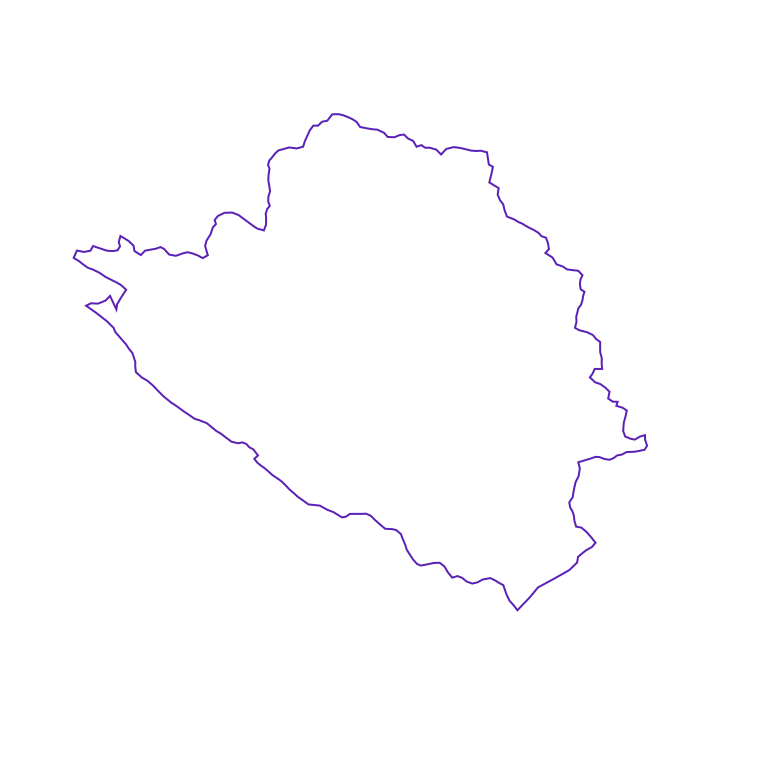 the district of Jucás, Ceará, Brazil, rotated 62°
{"feature_id": "56859067B508683552133", "entity_name": "Jucás", "entity_type": "district", "adm_level": 2, "iso_a3": "BRA", "parent_name": "Brazil", "parent_adm1": "Ceará", "projection": "albers", "projection_center": [-39.616, -6.471], "detail": "fine", "context": "isolated", "style": "outline", "palette": "violet", "viewbox_px": 768, "rotation_deg": 62, "n_neighbors": 0, "source": "geoboundaries", "source_scale": "gbopen_adm2", "svg_char_len": 3993}
<svg xmlns="http://www.w3.org/2000/svg" viewBox="0 0 768 768"><g transform="rotate(62 384 384)"><path d="M215.4,201.3L211.2,206.1L207.6,211.1L205.7,218.6L208.1,225.9L201.6,227.8L196.7,232.9L194.8,236.7L190.6,238.9L189.8,243.9L183.2,244.1L178.4,247.6L173.2,249.2L171.6,253.1L171.0,258.9L167.6,264.8L162.3,266.0L156.3,270.5L153.3,275.1L149.9,279.5L145.9,284.4L139.7,285.2L135.4,287.5L131.1,290.8L126.9,294.5L124.2,297.8L121.6,303.1L124.9,310.5L123.4,315.4L124.9,321.1L122.7,325.0L125.1,330.3L132.3,339.7L136.5,344.0L135.0,350.5L130.6,356.7L129.3,362.8L128.2,367.6L129.3,371.9L131.5,376.7L132.9,380.5L136.1,383.5L140.3,384.1L145.2,387.8L150.3,390.7L155.8,392.5L160.5,394.2L164.4,398.2L168.6,400.6L173.0,401.1L174.7,405.0L178.1,408.5L182.0,410.1L188.0,413.4L192.0,418.0L187.2,423.0L183.1,425.2L175.2,429.0L166.7,433.0L161.4,437.5L157.9,444.6L157.7,451.9L159.7,456.5L163.9,457.3L165.4,461.6L170.4,466.9L174.1,473.4L178.1,477.1L183.0,478.2L187.6,479.1L187.7,485.0L183.0,488.1L178.7,491.9L175.4,495.6L174.3,499.9L173.1,507.6L168.9,512.9L161.7,514.7L158.2,517.0L157.3,522.4L154.1,532.3L156.0,538.2L149.5,541.9L144.2,540.2L137.7,542.4L129.6,547.2L133.9,551.4L138.5,552.5L140.9,556.4L139.4,560.9L136.2,566.1L125.6,576.1L128.5,580.7L126.5,587.0L122.0,592.5L127.0,598.8L132.7,595.4L138.1,593.1L142.5,590.8L145.8,587.7L151.9,583.2L158.9,579.5L165.4,574.9L168.7,572.5L173.5,569.6L179.8,567.4L182.0,571.6L184.0,575.1L186.1,578.6L188.3,582.2L192.5,585.3L177.6,584.5L179.6,590.8L178.8,598.7L175.2,604.8L175.0,610.3L185.1,605.2L198.2,599.3L203.4,597.7L207.4,596.4L212.1,596.8L228.3,593.1L233.1,592.7L238.5,591.6L247.7,593.2L251.7,595.4L257.1,597.5L264.7,594.7L270.0,591.4L276.9,588.7L284.0,586.7L291.1,584.6L300.6,580.6L305.8,577.7L314.5,573.5L320.4,570.3L325.9,567.5L329.5,563.9L335.5,558.8L342.9,555.7L346.6,554.2L351.5,551.2L357.1,548.7L363.4,545.7L367.8,540.7L369.1,536.4L372.6,533.6L376.5,532.7L380.5,530.0L388.0,528.8L389.1,533.6L393.6,532.9L397.9,531.2L402.3,528.9L412.1,525.2L419.5,521.3L423.2,519.7L433.5,516.7L438.5,514.7L442.8,513.2L454.9,507.2L461.2,497.8L468.6,493.0L473.2,488.9L482.1,483.7L483.3,479.7L482.7,475.1L488.1,464.8L490.2,460.6L494.2,457.5L499.2,456.0L505.8,453.6L512.4,450.9L516.0,444.9L518.7,441.8L524.5,439.5L529.5,440.2L535.8,440.7L540.9,441.7L546.4,441.3L552.7,440.7L558.5,439.3L561.7,436.6L565.4,424.1L568.0,418.7L573.5,416.3L580.4,416.0L587.0,414.7L588.1,409.3L591.7,406.1L597.3,403.7L601.6,399.8L603.0,394.7L603.0,388.5L605.4,381.1L609.7,378.0L613.6,375.8L617.6,373.1L622.6,373.9L627.9,374.7L634.2,374.9L640.3,373.4L646.4,372.4L640.8,355.4L635.9,343.5L635.8,326.8L635.3,307.7L632.3,297.3L627.7,293.8L626.8,289.7L625.7,283.6L625.5,276.9L623.5,271.8L617.2,272.9L609.8,274.6L603.5,277.1L600.2,281.3L594.5,280.2L589.5,278.2L585.2,277.4L580.5,277.6L575.5,276.0L572.5,270.5L568.3,267.4L565.1,264.8L560.5,260.8L556.7,255.4L550.4,250.7L544.3,249.2L546.7,237.3L547.6,231.5L549.7,228.1L553.9,224.4L556.9,220.2L557.2,215.8L556.5,211.7L557.9,207.5L558.0,201.6L561.5,194.5L562.8,190.3L564.4,184.8L562.0,180.7L555.7,179.6L551.7,177.6L550.6,182.6L550.8,188.7L548.2,191.9L543.6,195.7L537.8,194.9L530.8,190.5L525.9,185.9L521.4,182.1L517.0,184.4L512.4,189.1L509.4,186.1L507.0,190.3L502.1,192.9L496.7,188.5L491.2,190.3L485.8,192.9L481.6,196.8L474.8,199.1L472.8,195.0L469.6,190.9L473.1,184.3L468.5,182.4L463.2,179.5L457.5,178.2L452.2,175.5L448.4,173.4L444.2,175.5L438.8,176.6L433.6,180.4L428.3,186.3L424.0,189.0L419.7,185.0L414.7,182.6L411.6,179.7L408.4,176.9L406.6,172.9L403.4,169.6L399.7,166.8L396.6,163.7L392.9,165.9L388.1,164.3L384.2,161.7L381.1,157.7L375.2,159.3L371.7,164.5L368.7,168.6L364.3,170.9L359.3,175.5L351.5,175.8L344.1,180.0L342.4,175.1L336.6,173.1L330.9,172.3L327.5,175.5L323.0,176.7L318.4,179.4L311.6,184.2L307.1,186.8L304.0,189.4L300.3,191.4L293.9,196.8L287.4,196.0L281.3,194.4L276.2,195.3L270.1,194.7L264.9,190.8L255.5,196.4L249.6,191.1L243.5,185.9L239.4,188.4L227.8,184.3L223.5,189.0L221.7,192.9L219.0,197.3L215.4,201.3Z" fill="none" stroke="#5b21b6" stroke-width="2"/></g></svg>